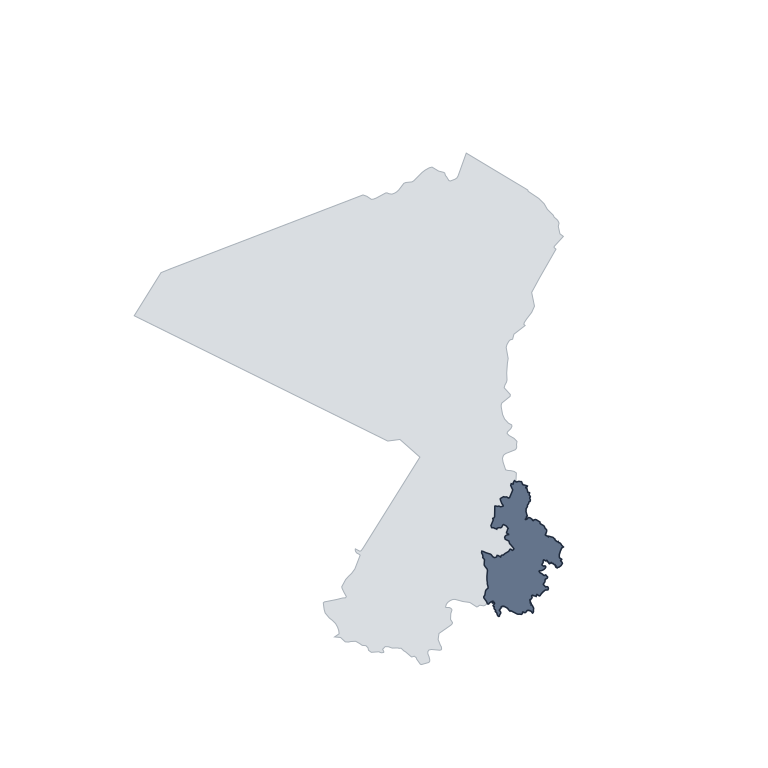 where Sikasso sits in Mali, rotated 302°
{"feature_id": "MLI-2794", "entity_name": "Sikasso", "entity_type": "Region", "adm_level": 1, "iso_a3": "MLI", "parent_name": "Mali", "parent_adm1": "", "projection": "robinson", "projection_center": [-6.512, 11.478], "detail": "fine", "context": "in_parent", "style": "filled", "palette": "slate", "viewbox_px": 768, "rotation_deg": 302, "n_neighbors": 0, "source": "natural_earth", "source_scale": "10m", "svg_char_len": 9821}
<svg xmlns="http://www.w3.org/2000/svg" viewBox="0 0 768 768"><g transform="rotate(302 384 384)"><path d="M169.0,556.4L169.2,553.9L167.2,552.2L167.2,551.3L168.3,544.0L168.2,542.2L169.0,538.5L167.8,536.8L167.5,535.6L164.4,530.9L163.5,526.9L161.9,524.2L158.3,523.4L157.0,525.6L156.2,526.0L154.8,524.4L154.3,523.0L154.3,521.7L149.7,515.4L150.0,512.0L151.8,510.2L152.5,507.3L150.8,504.0L151.0,500.8L150.8,496.3L148.1,492.4L146.3,490.6L144.8,487.8L146.0,481.5L143.3,476.1L148.4,478.3L150.9,476.3L153.2,473.5L155.2,469.9L156.2,465.4L156.6,461.6L158.6,455.5L161.1,452.7L166.2,448.5L167.6,448.9L175.9,457.8L180.6,462.3L182.3,464.7L183.8,464.7L186.2,460.3L188.6,456.6L189.7,455.6L198.0,455.1L202.4,455.9L206.2,456.9L211.7,457.3L226.2,454.5L226.4,452.7L226.2,450.6L226.8,448.9L228.0,447.5L229.0,447.1L229.4,452.2L230.6,453.0L234.0,453.2L341.0,453.2L345.4,426.9L337.6,417.4L309.5,136.0L360.3,135.9L369.1,142.3L533.2,266.0L534.1,270.0L533.9,275.5L535.2,277.1L537.6,278.9L546.9,284.2L547.7,285.3L548.0,287.4L549.2,290.1L551.2,291.7L553.5,292.9L556.3,293.7L564.7,294.5L566.5,295.8L570.2,300.6L572.2,301.6L583.6,304.2L587.3,305.6L591.3,307.8L593.4,309.8L593.5,317.5L595.1,322.4L595.1,323.7L593.3,325.7L592.9,327.2L590.9,331.2L591.3,332.7L595.3,335.7L597.3,336.6L599.5,336.6L623.4,331.4L624.7,403.1L623.8,404.2L623.4,416.9L621.7,424.4L618.7,429.9L616.8,438.2L615.7,439.8L614.9,444.5L613.2,447.2L610.0,448.3L604.6,453.6L604.2,457.9L591.2,455.5L590.3,455.6L589.8,456.1L589.5,458.4L556.2,459.7L539.9,460.7L529.7,470.4L523.0,471.3L514.7,470.5L510.4,470.4L508.7,471.0L508.4,472.7L495.1,467.8L490.2,469.3L489.4,468.8L488.7,467.8L486.3,467.2L482.5,467.4L479.8,468.2L471.4,475.8L466.9,477.7L458.4,482.2L452.6,486.2L450.5,486.9L447.2,487.1L444.5,487.9L442.0,496.7L440.4,497.5L430.3,494.0L428.3,494.5L426.6,495.6L421.0,500.7L418.2,504.8L416.7,510.3L417.0,513.9L416.0,514.9L413.4,515.2L408.7,514.1L407.3,514.6L406.6,517.3L406.8,523.2L405.8,527.2L403.0,528.4L400.8,530.0L399.2,530.4L397.7,530.1L389.6,524.1L386.9,523.1L383.8,523.8L380.9,526.3L375.7,532.6L376.3,534.8L377.7,537.4L378.8,540.6L378.7,543.4L371.3,547.5L373.0,550.5L372.8,558.7L369.4,562.4L368.2,564.8L364.9,567.4L362.0,568.9L353.0,571.0L349.4,573.6L347.7,575.7L347.3,577.9L347.6,580.5L349.4,585.9L348.8,590.8L347.4,596.5L346.0,599.0L341.8,601.9L342.4,605.6L342.8,611.0L342.1,617.9L340.8,622.5L339.9,622.0L335.8,622.3L331.4,623.7L329.9,624.9L329.6,626.5L325.8,630.2L323.4,630.0L321.1,629.0L319.8,628.0L319.8,627.4L321.2,624.4L321.2,623.4L319.8,618.1L320.1,616.8L319.5,612.8L319.2,612.6L314.3,614.3L314.1,615.1L314.9,617.6L314.4,618.1L312.7,618.0L310.3,617.2L307.6,614.8L307.0,615.6L306.7,617.4L306.5,619.6L307.2,623.6L306.5,625.1L302.4,624.8L298.9,625.3L298.1,626.7L297.7,628.3L298.6,630.1L298.4,630.9L297.0,632.0L296.3,631.9L294.4,629.9L286.8,628.1L286.2,625.4L285.3,625.3L282.9,622.1L281.9,622.2L281.0,622.7L278.1,622.5L275.5,625.3L273.6,628.8L271.5,630.5L268.4,631.3L268.9,629.1L267.9,626.0L261.3,622.1L260.3,620.5L258.6,611.7L258.7,609.1L259.2,606.8L259.0,605.0L258.3,603.7L256.3,602.3L254.2,601.7L251.6,603.5L250.4,603.8L249.2,603.7L248.6,603.0L248.7,602.1L251.5,597.4L252.9,595.5L255.7,593.2L256.4,592.0L256.5,591.1L256.2,590.4L254.4,589.6L251.5,587.4L250.0,587.1L248.7,586.1L247.3,582.7L246.7,582.1L245.3,581.7L244.1,580.9L244.2,572.5L241.4,566.3L239.0,558.4L237.7,556.5L235.4,554.9L232.6,553.8L230.2,553.6L227.4,554.4L227.4,555.2L229.0,557.7L229.2,559.1L229.0,560.5L228.4,561.4L224.7,562.3L219.6,565.2L218.0,568.5L216.8,568.9L214.9,568.5L201.6,562.8L196.0,565.3L192.3,570.3L191.5,571.9L189.8,573.3L188.8,573.3L187.8,572.4L184.0,564.9L182.3,563.1L180.2,563.0L178.4,564.2L176.5,566.8L174.2,569.1L172.7,569.8L171.4,569.4L165.9,564.4L165.6,563.3L168.1,557.3L169.0,556.4Z" fill="#d9dde1" stroke="#a8b0b8" stroke-width="1"/><path d="M371.8,546.0L371.5,546.0L371.3,546.0L371.2,546.1L371.0,547.8L371.2,548.4L372.5,549.5L373.0,550.0L373.6,551.6L373.9,552.0L374.0,552.1L373.9,552.7L373.4,553.3L372.4,554.6L372.2,555.4L373.2,558.2L373.5,559.7L372.6,559.9L371.8,559.0L371.4,559.0L371.1,559.2L370.9,560.3L370.9,560.8L368.3,563.4L369.0,565.0L368.7,565.3L367.8,565.4L366.8,566.0L366.5,566.7L366.4,567.2L366.3,567.6L365.7,568.0L364.8,567.9L364.5,568.0L364.2,568.3L363.5,569.4L363.1,569.7L362.3,569.9L361.8,570.1L361.2,569.5L360.6,569.5L359.3,570.0L358.7,570.0L358.1,569.8L357.5,569.8L356.8,570.1L356.3,570.5L356.0,570.6L353.5,570.6L352.1,571.5L351.2,571.8L350.8,572.3L350.0,573.2L348.9,574.3L348.3,575.2L348.1,575.4L347.8,575.4L347.3,575.1L347.1,575.1L346.8,575.4L345.8,575.6L345.4,575.9L345.3,576.0L344.6,575.5L344.0,575.7L344.0,575.8L344.2,576.2L345.2,576.8L345.3,576.9L345.8,576.8L346.3,576.9L347.4,577.5L347.7,578.0L347.9,578.7L347.9,580.0L347.7,581.3L347.1,582.3L347.1,582.7L347.3,583.1L348.2,583.2L349.3,584.1L349.6,585.3L349.6,588.0L349.7,589.2L349.5,589.5L348.9,589.9L348.4,590.3L348.3,590.9L348.5,594.4L348.4,594.9L348.1,595.6L347.2,596.7L346.9,597.5L346.7,598.8L346.4,599.3L345.7,599.8L344.7,600.2L341.8,600.6L341.4,600.9L341.3,601.4L341.6,603.5L341.4,604.3L342.1,604.2L342.5,605.1L343.1,607.4L343.4,608.1L343.5,608.5L343.1,610.5L343.1,611.1L342.6,611.4L342.5,611.6L342.3,612.1L342.0,613.9L342.2,615.0L342.7,615.2L342.4,615.5L342.2,616.0L342.1,616.6L342.4,616.8L342.5,617.1L342.1,618.9L341.3,620.3L341.0,622.0L340.9,622.5L340.1,622.2L339.4,621.7L339.0,621.6L338.8,621.6L337.9,621.8L336.3,622.0L332.5,622.9L330.4,624.2L330.0,624.5L329.6,625.1L329.5,625.7L329.6,627.5L329.3,627.8L327.9,627.3L327.6,627.6L327.5,628.4L327.3,629.1L326.9,629.8L326.4,630.4L323.8,630.4L321.5,629.5L321.1,629.3L320.6,628.5L320.2,628.2L319.8,628.3L319.7,627.1L319.8,626.6L320.1,626.2L320.6,626.5L320.8,626.4L320.9,626.2L320.7,625.7L321.4,624.8L321.0,624.4L321.1,623.7L321.5,622.7L321.1,622.1L321.0,621.8L321.0,621.5L321.4,620.7L321.3,620.3L321.1,620.2L320.5,620.3L320.3,620.2L319.8,619.6L319.6,619.6L319.3,619.7L319.2,619.6L319.2,619.1L319.3,618.8L319.9,618.3L320.1,618.0L320.1,617.6L319.8,616.8L320.1,616.5L320.7,616.1L320.8,615.7L320.7,615.4L320.5,615.2L319.6,614.8L319.5,614.5L319.7,613.1L319.6,612.7L319.3,612.5L318.6,612.6L317.9,612.9L317.4,613.3L316.8,613.6L315.5,613.5L314.8,613.6L314.3,613.8L314.1,614.4L314.1,615.7L314.2,616.2L314.9,616.6L315.1,617.0L315.0,617.7L314.5,618.2L313.8,618.3L313.1,618.3L311.5,617.9L311.1,617.7L309.9,617.0L309.3,616.5L308.8,616.1L308.2,614.9L307.9,614.7L307.2,614.9L307.2,615.0L306.8,615.8L306.6,616.4L306.6,617.1L306.8,617.8L306.7,619.4L306.4,620.4L306.4,621.0L306.8,621.7L307.6,622.0L307.8,622.3L307.8,622.7L307.4,623.4L307.2,624.7L307.0,625.1L306.3,625.3L305.6,625.3L304.5,624.5L303.9,624.3L303.2,624.4L301.5,625.3L301.0,625.3L299.3,625.1L298.6,625.2L298.3,625.6L297.6,628.3L297.6,628.7L298.3,629.3L298.6,629.7L298.7,630.5L298.3,631.2L297.7,631.8L297.0,632.0L296.3,632.1L295.8,631.5L295.3,630.8L294.9,630.1L294.4,629.8L291.5,628.9L289.2,628.5L287.3,628.5L286.8,628.3L286.6,627.9L286.5,627.1L286.7,625.7L286.6,625.2L285.9,625.2L284.8,625.6L284.4,625.6L284.4,624.7L283.8,623.4L283.8,622.4L283.7,622.0L283.4,621.7L283.1,621.5L282.8,621.4L282.4,621.5L281.7,622.5L281.4,622.7L281.2,622.8L280.3,622.8L279.7,622.8L278.6,622.0L278.0,622.1L277.8,622.4L277.6,623.2L277.3,623.3L277.0,623.2L276.7,623.3L276.3,623.7L276.3,623.9L275.9,624.1L276.2,624.6L275.9,625.1L275.3,625.6L274.7,625.7L275.1,626.3L274.7,627.0L274.6,627.4L274.5,627.7L274.1,628.0L273.9,628.7L273.2,629.7L272.6,630.1L271.6,630.4L270.7,631.1L270.2,631.4L269.6,631.5L269.0,631.6L268.4,631.3L269.1,629.7L269.2,629.0L269.2,628.1L268.7,626.5L268.2,625.8L267.7,625.4L266.1,625.3L265.3,625.2L264.7,624.7L264.6,624.3L264.6,623.4L264.5,623.0L264.2,622.5L264.0,622.4L263.3,622.8L262.6,622.9L262.0,622.9L261.4,622.6L260.7,621.0L259.8,619.7L259.5,618.8L259.0,612.2L258.9,611.6L258.1,611.3L258.2,610.6L258.8,608.7L259.2,608.1L259.3,607.5L259.2,604.1L259.0,603.3L258.6,602.5L258.0,601.9L257.3,601.5L257.0,601.5L256.4,601.9L256.1,601.9L255.3,601.7L254.4,601.8L253.8,601.6L253.3,601.6L252.6,603.4L252.3,603.9L251.8,604.3L251.3,604.5L250.8,604.5L249.7,604.4L249.2,604.5L248.7,604.8L248.2,604.9L247.7,604.6L247.6,604.1L247.7,603.5L248.2,602.5L249.6,601.0L249.9,600.3L249.9,599.3L250.1,598.9L250.4,598.8L251.0,598.8L251.2,598.6L251.5,598.1L251.6,596.9L252.0,596.3L253.1,595.7L253.6,595.5L253.6,595.3L253.4,594.8L253.7,594.1L254.0,593.8L255.1,594.1L255.7,594.2L256.3,594.2L256.8,593.9L257.1,593.5L257.3,592.6L257.0,592.5L256.5,592.6L255.9,592.5L255.7,592.0L256.0,591.5L256.7,591.2L257.2,591.1L256.5,590.5L255.6,590.0L253.9,589.4L253.1,589.4L252.7,589.2L252.5,588.7L252.4,588.1L252.8,587.7L253.9,586.1L255.6,581.9L256.6,581.3L258.4,581.4L262.2,579.8L263.7,579.7L266.1,580.4L267.2,579.7L269.3,577.4L270.1,577.1L272.3,575.2L275.6,573.1L280.6,570.6L281.6,569.7L282.7,566.7L283.5,565.0L284.2,564.5L287.1,562.9L288.2,562.4L288.6,561.5L289.1,559.7L290.1,559.3L291.3,558.3L292.5,556.2L294.1,555.5L294.5,556.5L295.0,560.1L296.1,564.2L296.1,565.3L295.2,567.7L295.2,569.5L296.2,570.6L297.1,571.1L298.5,570.7L299.0,571.5L299.1,574.6L300.5,574.3L301.3,574.6L302.2,575.8L304.3,576.4L308.1,578.4L310.6,578.4L311.1,579.0L310.9,581.0L312.2,581.6L313.1,581.5L313.8,579.9L314.9,576.5L315.2,575.1L317.0,573.1L316.7,570.6L316.6,569.0L318.0,567.5L319.4,567.4L320.9,568.0L322.3,569.5L322.7,569.2L322.6,566.8L323.4,566.4L324.3,566.4L326.3,565.8L327.3,565.9L328.4,562.9L328.2,559.9L327.4,559.5L324.8,559.7L323.8,559.1L323.2,557.7L321.7,556.4L320.6,556.6L320.6,555.7L320.2,554.5L320.2,553.2L319.2,551.4L320.6,549.7L326.7,548.7L327.4,547.5L327.7,547.4L328.5,548.1L329.9,548.2L334.3,545.6L339.1,542.7L339.5,542.9L340.5,545.4L341.4,546.1L341.6,547.9L343.4,549.7L344.2,549.4L345.1,547.2L347.4,544.1L348.2,543.4L348.8,543.5L351.8,545.1L352.2,546.4L353.3,547.9L353.2,549.9L354.2,550.7L361.6,549.5L362.6,549.1L363.3,547.9L365.1,545.2L366.9,544.7L367.4,546.5L368.2,546.4L368.7,545.9L371.2,545.8L371.8,546.0Z" fill="#64748b" stroke="#1e293b" stroke-width="1.5"/></g></svg>